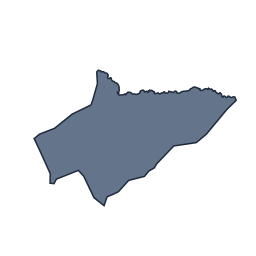 Xangal, Bulgan, Mongolia (Mercator projection), rotated 40°
{"feature_id": "93677404B82174237712715", "entity_name": "Xangal", "entity_type": "district", "adm_level": 2, "iso_a3": "MNG", "parent_name": "Mongolia", "parent_adm1": "Bulgan", "projection": "mercator", "projection_center": [104.393, 49.375], "detail": "fine", "context": "isolated", "style": "filled", "palette": "slate", "viewbox_px": 256, "rotation_deg": 40, "n_neighbors": 0, "source": "geoboundaries", "source_scale": "gbopen_adm2", "svg_char_len": 5395}
<svg xmlns="http://www.w3.org/2000/svg" viewBox="0 0 256 256"><g transform="rotate(40 128 128)"><path d="M189.9,35.6L189.6,35.9L189.4,36.0L189.0,36.1L188.8,36.2L188.5,36.5L188.3,37.1L188.1,37.6L187.7,38.0L187.3,38.4L186.6,38.6L185.9,38.6L185.5,38.6L185.2,38.7L184.8,38.9L184.3,39.0L184.2,39.1L184.2,39.3L184.2,39.6L184.2,40.0L184.2,40.6L184.1,40.9L183.8,41.3L183.4,41.5L183.0,41.5L182.4,41.4L181.9,41.4L181.5,41.5L181.3,41.6L181.0,41.8L180.8,42.0L180.7,42.3L180.7,42.5L180.8,42.8L180.9,43.0L180.9,43.3L180.7,43.5L180.4,43.6L180.0,43.5L179.5,43.4L179.0,43.1L178.5,42.5L177.7,42.0L176.9,41.8L176.2,41.8L175.8,41.8L175.7,42.0L175.6,42.3L175.6,42.7L175.4,43.2L175.2,43.8L174.9,44.0L174.4,44.1L174.0,44.0L173.6,43.9L173.3,43.9L172.8,44.0L172.0,44.0L171.5,43.8L171.3,43.7L171.0,43.5L170.8,43.5L170.5,43.5L170.1,43.9L170.0,44.1L170.0,44.3L170.1,44.7L169.9,44.9L169.6,45.0L169.3,45.0L168.9,44.8L168.5,44.7L167.9,44.5L167.3,44.4L166.9,44.5L166.7,44.7L166.6,45.0L166.4,45.2L166.2,45.4L165.9,45.5L165.0,45.6L164.9,45.7L164.9,45.9L164.8,46.0L164.6,46.1L164.2,46.0L164.4,46.4L164.4,46.7L164.4,46.9L164.3,47.0L164.1,47.1L163.9,47.2L163.7,47.1L163.4,47.2L163.2,47.4L162.6,47.7L162.1,48.2L161.8,48.6L161.8,48.8L161.8,49.0L161.7,49.2L161.4,49.4L161.3,49.5L161.2,50.1L161.2,50.6L161.0,50.9L160.7,51.2L160.5,51.4L160.3,51.8L160.1,52.2L159.8,52.5L159.5,52.6L159.1,52.7L158.8,52.6L158.4,52.5L158.2,52.5L158.2,52.3L158.2,52.1L158.2,51.8L158.0,51.7L157.8,51.7L157.6,51.7L156.9,52.2L156.6,52.3L156.0,52.5L155.6,52.6L155.3,52.6L155.2,52.7L155.0,52.9L155.0,53.0L154.7,53.1L154.3,53.2L153.9,53.1L153.6,53.2L153.3,53.4L152.3,54.1L151.9,54.5L151.8,54.8L151.8,55.0L151.6,55.5L151.6,55.9L151.5,56.1L151.4,56.3L151.3,56.7L150.8,57.6L150.7,58.0L150.6,58.4L150.7,58.8L150.8,59.4L150.6,59.9L150.4,60.4L149.9,61.1L148.5,62.6L147.6,63.6L146.7,64.5L146.2,65.2L145.8,65.7L145.5,66.4L145.4,66.7L145.4,67.1L145.3,67.5L145.2,67.9L144.8,68.4L144.2,69.0L143.8,69.3L143.5,69.5L143.3,69.6L143.1,69.6L142.8,69.7L142.7,69.4L142.4,69.1L142.2,69.1L141.8,69.2L141.6,69.1L141.3,69.0L141.0,68.9L140.9,68.9L140.6,69.2L140.1,70.1L140.2,70.5L140.2,70.9L140.1,71.3L139.8,71.7L139.4,71.9L139.0,72.0L138.7,72.1L138.3,72.1L138.2,72.3L137.9,72.7L137.7,72.9L137.5,73.0L137.3,73.0L137.0,73.1L135.8,73.5L135.7,73.5L135.7,73.8L135.8,74.0L136.0,74.7L136.0,75.1L136.0,75.4L135.9,75.6L135.5,76.0L135.2,76.3L134.3,77.2L134.1,77.3L133.9,77.3L133.6,77.2L133.1,77.0L132.9,76.9L132.6,76.9L132.5,77.0L132.3,77.2L132.2,77.4L132.1,77.6L132.2,78.5L132.2,78.8L132.1,79.1L131.9,79.2L131.7,79.3L131.3,79.4L131.2,79.5L131.0,80.0L131.0,80.3L130.9,80.5L130.7,80.9L130.6,81.2L130.3,81.6L129.7,81.8L129.4,81.8L129.1,81.8L128.9,81.7L128.7,81.6L128.4,81.8L127.9,82.5L127.6,83.3L127.3,83.7L127.0,83.8L126.8,84.1L126.6,84.4L126.3,84.6L126.0,84.5L125.8,84.4L125.6,84.3L125.5,84.1L125.4,84.0L125.3,83.7L125.1,83.5L124.6,83.4L124.3,83.4L124.1,83.5L123.8,83.8L123.5,83.9L123.1,84.0L122.9,84.0L122.4,83.8L122.2,83.8L121.9,84.0L121.7,84.2L121.4,84.6L121.2,84.8L120.9,84.9L120.6,85.0L120.2,85.0L120.1,85.3L120.1,85.8L120.0,86.3L120.1,86.5L120.5,86.7L120.7,86.9L120.8,87.1L120.7,87.4L120.6,87.6L120.2,87.7L119.8,87.7L119.5,87.6L119.2,87.5L118.9,87.6L118.7,87.8L118.5,88.2L118.3,88.6L118.2,88.8L118.2,89.0L118.1,89.3L117.9,89.5L117.5,89.6L117.2,89.6L116.9,89.5L116.3,89.1L116.0,89.1L115.8,89.1L115.6,89.1L115.4,89.2L115.1,89.5L114.5,90.1L113.8,91.5L113.8,91.8L113.8,92.0L114.0,92.6L114.2,92.8L114.4,93.2L114.5,93.6L114.5,94.0L114.4,94.2L114.3,94.6L113.9,95.1L113.6,95.6L113.4,96.2L113.0,96.7L112.6,97.0L112.0,97.4L111.5,97.6L111.2,97.7L110.8,98.0L110.5,98.3L110.0,98.7L109.7,99.0L109.3,99.1L108.9,99.1L108.6,99.1L108.3,99.0L107.8,99.0L107.5,99.1L107.0,99.2L106.7,99.4L105.8,100.0L105.1,100.5L104.9,100.8L104.8,101.1L104.7,101.5L104.8,102.1L104.8,102.4L104.8,102.8L104.7,103.1L104.8,103.3L104.9,103.5L104.8,103.9L104.4,104.0L104.0,103.9L103.8,103.9L103.6,104.0L103.4,104.8L103.4,105.0L103.1,105.4L102.5,106.1L101.7,107.0L101.1,107.4L99.9,108.5L99.6,108.6L99.3,108.4L99.1,108.2L98.4,107.9L98.0,107.8L97.6,107.8L97.2,107.8L97.0,107.6L96.9,107.5L97.2,107.4L97.5,107.3L98.1,107.4L98.4,107.5L98.5,107.5L98.6,107.4L98.5,107.1L98.4,106.9L98.0,106.6L97.6,106.1L97.4,105.7L97.2,105.2L97.2,104.8L97.0,104.6L96.5,104.2L96.2,104.0L95.1,102.6L94.7,102.3L94.2,101.9L93.8,101.7L92.6,101.1L92.2,101.0L91.9,101.0L91.6,101.1L91.2,101.0L90.6,100.8L90.4,100.8L90.1,101.0L89.8,101.2L89.3,101.5L88.8,101.5L87.9,101.3L87.6,101.3L87.3,101.4L86.4,101.8L85.8,102.0L85.2,101.9L84.7,101.8L84.2,101.6L83.9,101.4L83.7,101.1L83.5,100.9L83.2,100.6L82.5,100.6L82.4,100.7L82.2,100.8L82.1,101.0L82.0,101.9L81.8,102.2L81.5,102.5L81.1,102.7L80.7,102.7L80.2,102.7L79.9,102.5L79.7,102.3L79.6,102.0L79.5,101.0L79.3,100.7L79.1,100.5L78.8,100.3L78.6,100.1L78.1,100.0L77.7,99.8L77.5,99.7L77.0,99.7L76.4,99.7L76.2,99.8L75.9,100.0L75.4,100.4L74.9,100.5L73.5,100.6L73.0,100.6L72.8,100.8L72.5,101.1L72.0,101.7L71.7,102.0L71.4,102.1L71.2,102.1L71.0,101.9L70.6,101.8L70.3,101.8L70.0,102.0L69.6,102.1L68.6,102.7L68.1,102.8L68.0,105.1L76.1,113.8L83.1,129.4L84.8,134.2L76.3,153.2L71.9,175.5L64.2,189.5L62.9,196.4L73.3,201.2L97.7,212.9L103.8,220.4L107.1,218.2L106.0,213.2L117.2,192.4L125.1,193.4L146.8,203.3L159.6,202.9L156.2,194.1L159.0,188.8L161.6,183.0L162.2,167.7L171.7,154.5L171.6,147.7L173.8,141.6L173.0,136.9L174.6,112.3L189.7,95.3L192.0,82.3L191.8,49.8L193.1,37.2L189.9,35.6Z" fill="#64748b" stroke="#1e293b" stroke-width="1.5"/></g></svg>